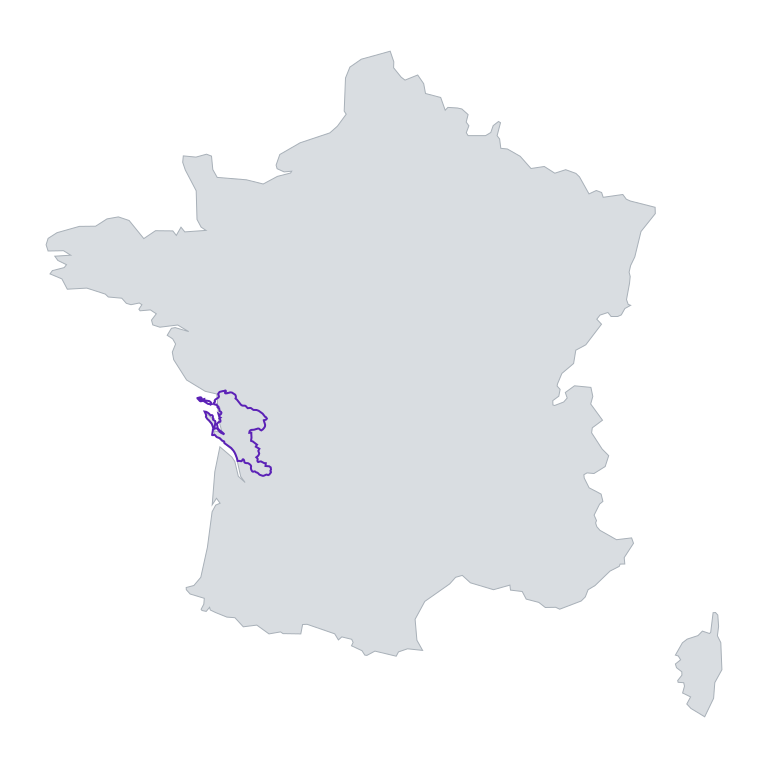 France, with Charente-Maritime highlighted
{"feature_id": "FRA-5278", "entity_name": "Charente-Maritime", "entity_type": "Metropolitan department", "adm_level": 1, "iso_a3": "FRA", "parent_name": "France", "parent_adm1": "", "projection": "mercator", "projection_center": [-0.827, 45.732], "detail": "fine", "context": "in_parent", "style": "outline", "palette": "violet", "viewbox_px": 768, "rotation_deg": 0, "n_neighbors": 0, "source": "natural_earth", "source_scale": "10m", "svg_char_len": 7664}
<svg xmlns="http://www.w3.org/2000/svg" viewBox="0 0 768 768"><path d="M630.6,305.3L624.9,308.5L621.3,314.9L617.7,316.5L611.1,316.5L607.9,312.5L600.0,315.1L596.8,319.2L601.5,324.2L585.8,344.8L575.8,350.2L573.6,363.5L561.9,373.4L557.5,383.9L557.1,386.0L560.1,389.4L558.8,396.2L552.8,400.6L552.9,404.9L554.6,405.5L563.7,402.0L567.2,398.0L565.3,392.5L574.5,385.8L590.9,387.4L592.8,396.4L590.7,404.0L602.5,420.2L592.3,427.8L591.6,432.8L602.1,449.0L608.7,455.7L605.2,466.5L594.0,473.5L587.0,472.9L583.9,474.7L584.2,478.0L589.1,487.8L601.1,494.1L602.9,501.4L599.6,504.1L594.1,515.1L596.5,520.6L595.6,522.9L596.8,526.7L599.9,530.3L616.5,539.7L631.6,537.9L633.5,543.3L624.2,557.6L624.8,564.0L620.1,564.1L619.3,566.3L610.0,571.1L595.1,585.5L588.1,589.7L585.3,596.9L581.2,601.0L559.7,609.2L555.7,607.3L545.3,607.5L538.8,602.4L526.2,599.1L522.2,591.5L510.5,590.1L509.9,585.1L493.5,589.7L470.4,582.8L462.3,575.4L455.6,577.3L449.7,583.9L424.8,601.4L415.1,619.3L416.9,640.2L422.6,650.4L407.5,648.8L398.5,651.9L396.2,656.2L374.9,651.1L366.9,655.4L364.8,655.1L362.0,650.7L351.5,645.8L353.1,642.4L351.7,639.3L341.8,636.9L338.4,639.9L334.7,633.8L307.1,624.3L302.6,624.5L300.8,633.9L283.0,633.6L280.5,631.9L269.0,633.9L256.8,625.1L243.3,626.8L234.9,617.7L226.9,617.1L215.5,612.5L210.3,610.0L209.6,607.3L206.2,611.4L202.0,610.5L201.1,609.3L203.8,604.2L204.3,598.3L190.1,594.0L186.3,589.7L186.2,587.5L193.9,585.5L200.8,577.3L207.4,547.4L212.1,511.8L215.7,505.1L220.1,503.2L216.5,498.3L212.2,504.8L214.8,471.8L219.9,446.8L231.9,457.1L234.8,461.5L238.3,476.3L245.1,482.5L240.7,476.5L236.3,456.8L233.6,451.2L214.5,434.6L213.8,430.7L222.2,432.8L218.8,420.3L216.8,394.0L205.2,391.3L186.6,380.0L173.7,359.7L172.3,352.1L175.6,344.0L172.7,338.9L167.2,335.3L171.4,328.3L175.2,327.6L188.7,331.6L177.7,325.0L159.9,327.2L152.8,324.9L151.5,320.1L156.3,313.8L150.4,309.9L140.1,310.8L138.9,309.2L141.9,304.7L139.3,303.0L131.0,304.7L126.3,303.3L121.8,298.2L108.3,297.0L105.3,294.1L86.8,288.1L67.3,289.2L61.9,278.9L50.0,273.9L52.4,270.6L64.2,267.6L66.5,264.7L57.9,260.5L54.8,256.2L70.7,255.2L63.5,250.7L48.1,251.0L46.1,244.8L48.1,238.4L57.0,232.7L79.3,226.4L95.6,226.2L107.0,218.9L118.4,216.9L129.1,220.5L143.8,238.6L155.5,230.7L172.8,230.9L176.3,235.4L181.0,227.2L184.8,231.9L206.0,230.4L201.1,227.1L197.0,219.4L196.2,190.8L185.3,170.0L182.7,162.3L183.3,155.9L196.0,157.1L206.5,154.2L211.5,156.1L212.8,169.6L217.2,177.4L246.4,179.8L263.2,184.0L277.4,176.4L290.6,173.0L291.7,171.2L284.1,171.9L277.1,168.7L276.1,165.1L279.8,154.5L300.1,142.8L329.8,132.9L337.4,126.2L346.2,114.2L344.2,111.1L345.5,78.0L349.9,67.1L361.3,59.2L390.2,51.2L393.8,61.8L393.6,67.8L401.2,77.2L405.0,80.1L417.7,75.0L423.7,83.7L425.5,93.5L440.7,97.5L445.2,110.2L447.9,107.4L457.5,108.0L461.9,109.0L468.1,114.6L466.2,122.1L468.9,125.8L466.3,132.7L468.1,135.6L485.6,135.6L490.8,132.5L493.2,125.6L498.5,121.5L500.5,122.7L497.1,135.7L499.6,139.0L500.8,148.3L507.4,149.0L520.2,156.3L531.0,168.5L544.3,166.5L554.8,173.2L565.7,169.7L575.9,173.4L579.5,176.9L589.0,193.9L596.3,190.5L601.6,192.5L603.2,197.3L622.8,194.5L626.3,199.2L630.3,201.0L655.1,207.3L655.3,213.6L641.0,231.5L634.8,256.9L630.6,265.6L629.1,272.2L630.2,276.5L629.5,283.4L626.5,299.6L628.2,304.4L630.6,305.3ZM718.6,626.4L717.4,635.8L720.8,642.6L721.9,669.7L714.8,682.6L713.6,698.3L704.7,716.8L691.0,708.5L686.8,704.0L690.6,696.9L682.6,693.0L684.5,686.1L683.7,682.7L678.1,682.3L677.7,680.5L681.9,675.2L681.8,671.8L676.5,667.7L675.4,664.0L680.6,659.8L678.3,656.0L675.4,655.1L682.4,642.8L687.2,639.1L698.0,635.6L702.4,631.1L709.5,633.5L710.7,632.3L713.1,612.7L715.5,612.5L717.8,615.1L718.6,626.4ZM215.3,421.7L213.7,427.6L206.3,417.4L205.4,411.8L215.3,421.7Z" fill="#d9dde1" stroke="#a8b0b8" stroke-width="1"/><path d="M237.6,461.0L237.0,458.4L235.4,454.1L234.5,452.3L233.4,450.6L231.2,448.0L224.5,443.2L224.4,442.9L224.2,441.6L223.9,441.3L222.3,440.7L219.8,438.2L218.4,437.6L217.5,437.4L216.7,437.0L216.0,436.3L215.4,435.5L214.6,434.8L212.9,435.2L212.1,434.9L212.9,430.1L212.9,429.3L216.0,428.3L216.9,428.3L219.9,431.9L220.5,432.3L221.0,432.8L224.3,434.4L223.3,433.2L219.0,429.7L217.8,428.2L217.6,427.6L217.5,426.8L217.3,425.8L217.0,424.9L216.6,424.1L217.1,423.9L217.4,423.5L217.7,423.1L217.9,422.8L218.4,422.3L219.2,421.8L219.6,421.8L220.0,421.8L220.3,421.7L220.5,420.9L220.4,420.2L220.1,419.5L219.8,418.9L219.5,418.5L219.8,418.3L220.2,417.8L220.5,417.6L219.7,417.1L219.2,416.2L218.5,413.9L219.5,414.6L220.3,414.7L220.9,414.1L221.4,413.0L221.4,412.6L221.2,412.2L221.0,411.9L220.7,411.7L219.8,411.3L219.6,410.8L219.5,410.1L219.2,409.2L219.2,408.5L219.2,408.3L219.0,408.2L218.4,408.0L218.2,407.9L217.9,407.5L217.6,407.3L217.7,407.0L218.2,406.5L217.1,405.6L216.7,405.5L216.6,405.4L216.6,405.1L216.6,404.8L216.6,404.6L216.3,404.5L215.6,404.6L215.1,404.4L214.7,404.4L214.3,404.4L213.8,403.9L213.8,403.3L214.1,402.6L214.6,402.1L215.0,401.8L214.7,400.5L215.3,399.6L218.5,397.5L218.9,396.7L218.9,396.1L218.6,395.5L218.5,394.6L218.1,394.0L218.3,393.6L219.2,392.4L219.5,392.0L220.0,391.8L222.8,391.1L223.8,391.0L224.3,390.9L225.2,390.5L225.5,390.5L225.9,391.1L225.8,391.6L225.6,392.0L225.2,392.4L225.0,392.7L225.1,393.1L225.6,393.4L226.5,393.3L227.0,393.3L227.5,393.0L229.0,392.8L229.3,392.6L230.0,392.4L230.8,392.4L232.0,392.6L235.2,394.7L235.7,395.7L235.9,396.7L235.9,397.6L235.5,398.5L236.8,399.5L240.9,404.7L241.9,405.4L243.0,405.7L245.0,405.7L245.9,406.2L246.9,407.4L247.8,408.2L250.0,407.9L251.0,408.1L253.4,409.9L256.6,410.0L258.7,410.8L262.6,413.6L265.1,416.8L266.1,417.3L266.9,418.6L266.2,419.5L264.9,420.0L263.8,420.2L263.8,420.5L265.1,424.6L265.1,425.6L264.9,426.6L264.1,427.9L262.8,429.4L261.3,430.4L260.3,429.9L259.3,428.8L258.1,428.5L254.1,429.7L251.4,429.9L250.4,430.3L249.6,431.2L249.3,432.8L251.3,432.7L251.3,434.0L251.5,437.8L251.1,440.1L251.1,440.9L252.7,441.4L257.0,444.7L256.6,445.1L256.1,446.2L255.8,446.7L259.4,448.8L258.5,450.5L258.3,450.9L259.2,453.4L258.8,454.7L258.1,455.8L256.3,457.3L257.4,458.4L257.7,459.0L257.7,459.3L257.6,459.6L257.4,460.2L257.5,461.2L257.8,461.8L258.4,462.0L259.2,461.7L260.9,461.4L264.2,463.1L265.8,463.2L265.5,466.0L269.2,466.3L270.7,467.4L271.0,469.7L270.4,470.7L270.4,470.9L270.6,471.4L271.0,472.0L270.9,472.4L270.7,472.8L270.3,473.1L269.4,474.5L268.1,475.1L266.8,474.6L266.1,474.7L264.1,475.6L263.4,475.8L262.7,475.8L260.3,475.0L259.6,474.7L259.1,474.3L258.3,473.4L257.8,473.0L257.2,472.6L256.4,472.5L254.9,471.4L254.4,471.4L253.1,471.7L252.7,471.6L252.3,471.4L252.0,471.0L251.4,470.0L251.2,469.5L251.1,469.1L251.0,468.6L250.9,468.2L250.9,467.7L251.1,466.3L251.0,465.8L250.7,465.3L250.1,464.6L248.8,463.6L248.0,463.2L247.4,463.1L246.9,463.1L246.2,463.1L245.2,462.9L244.7,462.5L244.4,462.1L244.2,460.8L244.0,460.3L243.8,459.8L243.4,459.4L243.0,459.3L242.6,459.5L242.4,459.9L242.2,460.3L242.0,460.7L241.7,461.0L241.4,461.2L241.0,461.2L239.3,460.9L237.6,461.0L237.6,461.0ZM213.4,419.0L213.1,419.6L213.6,420.1L215.0,420.9L215.3,421.5L215.4,422.1L215.0,424.9L214.6,426.7L213.9,427.8L213.0,427.4L212.3,425.1L212.0,424.2L211.4,423.2L208.7,420.1L207.7,419.4L206.7,418.1L205.9,416.8L206.1,416.2L206.2,415.5L205.7,413.9L204.6,411.6L206.1,411.8L207.7,412.6L209.2,413.8L210.3,415.1L210.8,415.4L211.4,415.1L212.0,415.1L212.7,415.8L212.9,416.6L212.8,417.4L212.9,418.0L213.4,418.5L213.4,419.0ZM210.5,404.6L210.2,404.3L210.0,404.2L207.9,403.8L203.3,400.8L200.7,401.3L199.9,401.0L198.0,398.9L197.5,398.5L197.5,398.0L200.2,397.3L201.1,397.5L201.4,397.8L201.6,398.2L201.7,398.6L201.4,399.0L200.2,398.5L199.8,398.5L200.6,399.9L201.8,399.9L203.2,399.3L204.3,399.0L204.3,399.4L203.7,399.4L203.7,399.9L204.4,400.3L209.2,401.1L210.3,401.8L211.2,402.9L211.7,404.1L211.3,404.2L210.9,404.3L210.5,404.6Z" fill="none" stroke="#5b21b6" stroke-width="2"/></svg>